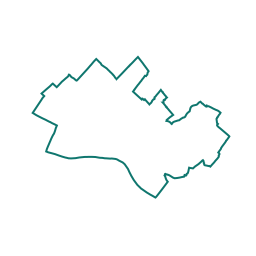 Kota Mojokerto, Jawa Timur, Indonesia (orthographic projection), rotated 217°
{"feature_id": "22746128B53956788697299", "entity_name": "Kota Mojokerto", "entity_type": "district", "adm_level": 2, "iso_a3": "IDN", "parent_name": "Indonesia", "parent_adm1": "Jawa Timur", "projection": "orthographic", "projection_center": [112.435, -7.471], "detail": "fine", "context": "isolated", "style": "outline", "palette": "teal", "viewbox_px": 256, "rotation_deg": 217, "n_neighbors": 0, "source": "geoboundaries", "source_scale": "gbopen_adm2", "svg_char_len": 5432}
<svg xmlns="http://www.w3.org/2000/svg" viewBox="0 0 256 256"><g transform="rotate(217 128 128)"><path d="M186.3,87.2L186.1,86.5L185.6,84.5L184.6,81.9L184.0,80.0L183.7,78.8L183.6,77.1L183.2,74.9L182.8,73.0L182.3,71.1L181.9,69.4L181.2,66.6L180.8,64.9L180.1,62.3L179.2,60.0L177.0,60.6L173.6,62.0L170.6,63.2L166.4,64.5L163.4,65.5L160.0,66.8L159.7,67.0L157.1,68.1L155.1,69.5L151.8,72.3L149.1,75.2L145.3,78.7L140.2,82.7L136.6,85.2L132.7,87.2L130.5,88.7L128.4,89.8L126.8,90.9L123.7,92.9L122.7,93.8L119.3,95.8L118.2,96.2L117.3,96.4L115.9,96.5L113.7,96.9L112.5,97.1L111.7,97.3L108.9,97.1L103.4,95.3L100.3,93.6L96.6,91.8L92.0,89.9L86.3,88.2L80.8,87.5L80.0,87.6L74.1,87.8L71.3,88.1L71.1,88.1L70.1,88.2L68.2,88.5L65.8,88.8L65.2,88.8L64.2,89.0L64.1,89.7L64.0,91.4L63.9,98.7L63.9,109.0L65.7,109.5L67.4,110.4L69.0,111.6L70.3,112.1L70.3,112.4L70.3,112.8L70.5,113.1L70.7,113.4L70.7,113.7L70.5,113.9L70.1,113.8L69.7,113.7L69.5,114.1L69.3,114.2L68.6,114.3L68.4,114.6L66.6,115.1L64.3,115.3L62.8,115.4L62.5,115.4L60.6,115.9L58.7,117.6L56.9,119.5L55.4,121.3L55.1,121.7L54.9,121.8L54.3,122.5L53.9,122.9L54.0,123.6L54.3,123.9L54.5,124.5L53.7,124.8L53.2,124.8L53.0,125.0L53.0,125.5L53.5,126.5L53.5,126.8L53.1,127.5L53.2,128.4L53.8,129.9L54.8,132.0L55.3,133.1L54.8,133.3L53.7,133.8L53.1,134.2L51.8,134.8L51.3,137.6L50.8,139.1L50.4,140.3L50.0,141.5L49.8,142.3L49.8,142.5L49.3,144.9L49.1,146.6L48.8,147.4L47.8,147.1L46.4,145.6L46.0,145.7L45.4,144.9L44.9,144.5L44.2,144.5L42.6,145.3L40.8,146.1L40.4,146.3L40.2,146.6L39.0,146.7L38.9,148.3L38.8,149.5L38.5,152.4L38.5,154.3L38.2,157.3L38.2,159.6L38.7,160.4L38.9,160.5L39.0,160.6L39.1,160.9L39.1,161.8L39.2,162.1L39.4,162.4L40.0,162.7L40.7,162.7L41.1,162.7L41.2,163.5L41.2,164.8L41.2,166.3L41.2,166.8L41.3,167.5L41.6,168.0L41.6,168.6L41.7,169.7L41.7,169.9L41.7,172.2L41.7,174.0L41.7,174.3L41.8,176.4L42.0,176.7L42.0,177.2L41.9,177.7L41.8,178.0L41.9,179.5L41.9,180.2L41.9,181.1L42.0,182.3L42.4,182.4L44.5,182.6L54.8,183.2L56.1,183.2L57.6,183.4L58.4,183.7L58.7,184.0L58.6,185.4L60.0,185.6L60.8,186.5L61.3,187.0L62.8,188.5L62.9,190.1L62.9,190.3L63.1,190.3L63.1,191.3L63.1,191.9L63.1,192.3L63.2,192.9L63.2,193.4L63.2,193.5L63.1,194.5L63.2,195.3L63.3,195.9L65.4,196.0L66.2,196.0L67.3,195.8L68.3,195.5L71.5,194.8L73.7,194.5L76.7,193.9L77.2,193.6L77.6,193.3L77.8,192.9L77.9,192.7L78.7,193.2L79.0,192.1L81.2,192.2L82.0,192.2L82.6,192.4L82.8,192.4L83.4,192.2L85.9,192.6L86.0,192.6L86.7,191.0L86.8,190.3L86.8,189.8L87.0,188.4L87.3,187.7L88.4,186.4L89.5,185.1L90.1,183.9L90.3,182.8L90.2,181.8L89.9,180.9L89.6,180.3L89.2,179.3L89.1,179.0L88.8,178.4L89.1,177.5L89.3,176.8L89.4,176.2L89.6,175.1L89.4,172.9L89.1,171.4L89.7,169.9L90.2,169.6L90.7,168.4L91.2,167.2L91.3,166.6L91.5,166.2L91.7,165.1L92.7,164.0L93.6,162.7L94.1,162.0L94.7,161.2L95.2,160.3L95.5,159.5L95.5,158.6L95.5,157.5L96.0,157.5L96.4,157.6L96.7,157.7L97.1,157.8L98.4,157.9L99.8,157.6L100.9,157.2L101.5,156.8L101.6,157.1L101.7,157.4L101.9,157.6L101.8,158.2L101.0,161.8L99.8,165.6L106.3,167.0L107.4,167.3L110.0,167.7L109.9,168.0L110.6,168.1L111.5,168.3L114.7,169.1L115.3,169.2L115.0,169.4L114.9,169.7L115.4,170.2L115.5,170.3L116.0,171.0L116.3,171.9L116.1,172.3L115.6,172.2L115.4,172.5L115.6,173.6L115.6,174.3L115.6,174.7L115.4,175.0L115.3,175.8L115.8,175.8L117.0,176.2L118.3,176.4L121.2,177.2L121.5,177.4L121.6,177.2L124.7,178.2L124.8,174.5L125.0,171.6L125.0,169.7L125.3,168.4L124.9,168.0L124.5,167.6L124.3,167.3L124.4,166.8L124.8,166.5L124.9,166.2L125.1,164.3L124.9,163.9L124.7,162.4L124.8,161.5L125.0,160.6L125.1,159.7L125.4,159.8L125.8,159.9L127.5,160.2L129.5,160.6L131.0,160.9L131.8,161.1L132.0,160.0L134.1,160.2L134.3,160.1L134.2,159.0L140.7,159.6L145.9,160.1L145.9,162.4L146.0,162.4L146.0,163.5L146.0,163.8L146.0,164.6L146.0,167.1L146.0,168.4L145.9,169.5L145.9,169.8L145.9,170.2L145.9,170.4L145.9,170.5L145.9,172.1L145.8,174.0L145.9,175.0L145.8,177.9L145.9,178.8L145.9,179.9L145.0,180.2L144.8,180.3L144.9,180.9L144.8,181.7L144.8,181.8L144.7,182.2L145.7,184.2L145.7,184.7L145.7,184.8L145.6,185.5L146.0,185.9L146.6,186.1L146.8,186.1L147.3,186.2L147.8,186.4L148.2,186.5L148.7,186.7L150.8,187.3L151.4,187.5L152.1,187.7L153.2,188.0L155.0,188.6L162.8,190.7L163.3,187.1L163.7,183.4L164.1,180.5L164.3,178.7L164.4,178.8L165.6,168.0L166.6,160.1L167.0,160.3L168.2,160.4L170.8,161.3L171.6,161.4L171.8,161.5L172.2,161.5L172.3,161.6L175.0,162.0L175.4,162.0L176.4,162.1L176.6,162.2L177.5,162.3L178.5,162.4L179.2,162.5L180.4,162.7L181.2,162.8L181.9,162.7L182.0,162.7L182.6,162.7L182.8,162.7L183.7,162.6L184.7,162.6L186.1,162.5L186.4,162.5L186.7,162.5L186.9,162.5L187.4,162.6L187.8,162.8L188.2,163.0L188.5,163.2L189.2,163.3L190.5,163.4L192.5,163.7L194.9,164.0L195.3,160.6L195.4,158.5L195.5,156.1L195.6,155.6L195.9,150.9L196.4,145.7L196.8,141.4L197.3,136.2L197.4,135.5L197.5,135.0L197.8,134.8L199.1,134.8L200.6,135.0L201.8,134.9L203.0,134.7L203.8,134.6L205.0,134.9L206.1,135.2L206.8,135.2L207.3,135.1L207.3,134.9L207.2,134.4L206.9,133.6L207.0,132.6L207.6,130.2L208.1,127.7L208.7,125.0L208.8,123.7L209.3,119.1L209.5,117.7L214.8,118.2L215.0,117.6L215.5,114.2L216.6,109.2L217.8,103.5L216.4,103.3L214.9,103.2L214.1,103.1L214.1,102.8L214.2,102.4L214.2,101.4L214.3,100.9L214.3,100.4L214.2,99.3L214.1,98.3L213.2,82.7L208.8,83.1L204.1,83.9L203.0,84.1L201.9,84.3L199.1,84.9L198.6,85.0L197.3,85.2L196.1,85.4L194.4,85.7L193.6,85.9L193.5,86.0L193.0,86.0L192.3,86.1L191.5,86.2L190.6,86.4L189.6,86.6L188.6,86.8L187.4,87.0L186.3,87.2Z" fill="none" stroke="#0f766e" stroke-width="2"/></g></svg>